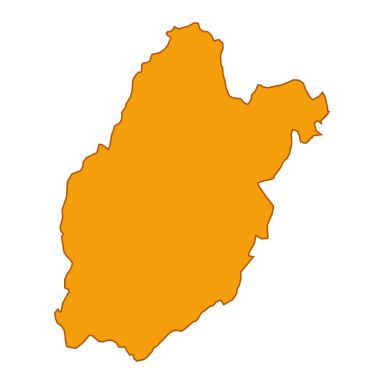 outline of Pita, Pita, Guinea
{"feature_id": "49546643B45846614697329", "entity_name": "Pita", "entity_type": "district", "adm_level": 2, "iso_a3": "GIN", "parent_name": "Guinea", "parent_adm1": "Pita", "projection": "robinson", "projection_center": [-12.584, 10.91], "detail": "fine", "context": "isolated", "style": "filled", "palette": "amber", "viewbox_px": 384, "rotation_deg": 0, "n_neighbors": 0, "source": "geoboundaries", "source_scale": "gbopen_adm2", "svg_char_len": 2844}
<svg xmlns="http://www.w3.org/2000/svg" viewBox="0 0 384 384"><path d="M322.6,92.3L319.4,96.1L312.8,99.7L310.2,97.6L306.1,90.6L303.2,83.2L299.0,80.2L293.6,79.9L282.4,84.7L267.6,87.8L263.2,87.0L261.0,85.4L258.0,84.8L256.8,87.9L254.8,91.8L252.1,94.1L250.7,100.4L247.8,104.5L244.2,102.8L243.0,101.5L240.8,98.9L237.3,98.3L234.1,98.1L230.4,96.7L228.8,94.9L227.0,90.5L226.3,88.4L225.7,85.2L224.8,80.5L224.1,78.2L222.9,73.9L222.7,67.8L221.0,64.8L220.7,59.4L220.6,54.8L223.0,48.4L222.8,43.6L219.1,39.6L213.8,40.8L211.7,35.6L207.7,31.8L203.3,31.4L199.8,28.8L198.1,23.1L193.7,23.0L188.5,26.2L185.9,26.8L184.4,27.2L178.7,28.9L174.2,26.7L173.7,28.6L171.0,31.5L167.6,31.7L166.3,33.5L167.8,35.7L169.3,36.4L170.8,38.0L169.2,41.8L167.8,45.2L164.5,49.3L159.6,52.7L155.8,53.6L152.0,54.4L149.7,61.3L147.6,62.3L145.3,62.9L142.7,63.4L141.7,64.9L141.7,69.5L141.1,72.2L138.3,72.2L135.3,75.8L133.4,78.8L132.5,82.5L132.6,85.9L132.0,91.4L130.4,97.2L126.1,103.9L125.6,107.4L121.7,112.5L122.1,115.7L121.5,119.7L119.3,123.4L119.2,123.4L114.3,126.2L113.8,129.7L111.7,134.6L109.9,145.8L108.4,149.4L102.1,144.7L99.1,144.3L97.0,152.7L86.7,157.5L83.4,161.6L82.9,166.2L80.6,170.7L71.8,174.2L67.5,181.6L66.6,196.9L62.2,209.5L62.7,217.4L60.1,227.4L61.1,231.5L63.4,233.7L61.6,236.8L64.0,251.9L67.4,257.0L69.7,258.9L72.5,263.2L70.8,268.7L66.5,275.0L64.8,279.4L64.8,287.9L68.3,289.2L69.1,291.4L63.0,302.7L61.0,311.8L59.3,311.7L58.4,309.3L57.4,309.5L54.8,313.0L55.7,318.9L57.5,323.2L61.7,326.1L64.2,330.3L65.0,334.2L65.5,341.2L66.8,346.5L75.2,348.3L77.3,347.4L83.5,342.1L89.5,335.1L92.6,336.0L95.4,338.3L98.9,341.4L103.1,341.9L107.9,340.1L112.3,340.4L116.5,343.1L118.7,347.0L124.7,347.0L127.5,351.9L129.9,355.2L132.2,354.2L133.6,356.1L133.9,358.4L136.8,361.0L143.5,359.6L146.9,357.3L152.2,351.4L152.9,348.8L157.2,345.7L169.9,332.6L172.5,331.2L174.1,330.3L178.4,330.5L181.0,331.2L184.8,329.1L193.0,322.0L196.6,320.7L201.3,313.1L206.6,309.1L210.0,306.3L213.5,305.4L215.8,302.2L220.5,300.1L222.4,302.4L223.1,304.0L223.9,304.1L224.0,304.6L227.7,302.4L232.7,299.6L236.5,293.7L237.1,289.1L239.5,284.5L240.9,278.5L240.6,272.2L253.5,256.7L248.6,255.7L249.2,252.4L254.4,243.4L255.9,235.5L261.8,238.8L267.8,238.3L267.3,225.0L272.1,214.0L273.5,206.2L267.0,197.9L262.1,190.9L258.5,185.5L258.0,182.7L264.9,180.6L271.6,179.2L274.0,177.8L274.2,176.1L280.8,167.3L282.7,163.0L283.9,161.0L287.1,158.3L289.6,153.4L290.6,146.6L290.9,147.6L291.2,146.8L291.3,146.0L291.6,143.2L291.6,139.7L291.2,134.4L292.4,130.1L293.8,129.8L295.5,130.4L297.7,131.4L298.6,134.1L299.4,135.9L299.9,139.0L300.6,141.4L303.6,142.9L306.0,143.1L307.2,142.0L309.1,140.5L310.2,138.6L311.7,138.2L313.1,135.8L321.5,134.6L316.4,130.9L315.0,126.5L314.3,123.3L317.4,120.6L321.4,123.5L321.0,121.6L321.0,120.6L325.7,116.4L329.2,111.7L327.9,111.2L326.3,101.4L324.5,95.6L322.6,92.3Z" fill="#f59e0b" stroke="#b45309" stroke-width="1.5"/></svg>